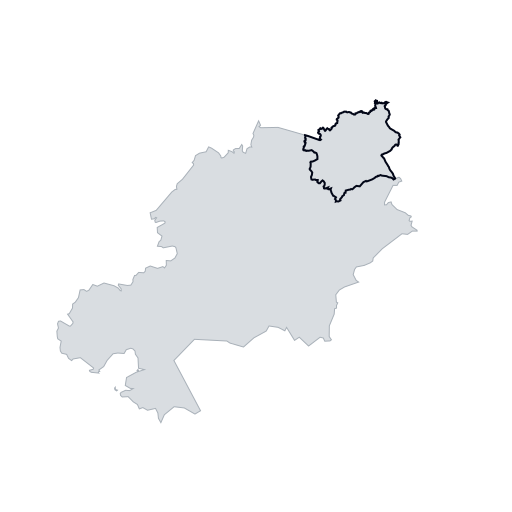 where East Kazakhstan sits in Kazakhstan, rotated 312°
{"feature_id": "KAZ-3206", "entity_name": "East Kazakhstan", "entity_type": "Region", "adm_level": 1, "iso_a3": "KAZ", "parent_name": "Kazakhstan", "parent_adm1": "", "projection": "albers", "projection_center": [82.81, 48.617], "detail": "fine", "context": "in_parent", "style": "outline", "palette": "ink", "viewbox_px": 512, "rotation_deg": 312, "n_neighbors": 0, "source": "natural_earth", "source_scale": "10m", "svg_char_len": 9631}
<svg xmlns="http://www.w3.org/2000/svg" viewBox="0 0 512 512"><g transform="rotate(312 256 256)"><path d="M275.9,348.1L273.1,348.9L271.2,350.7L269.4,349.7L265.1,353.0L253.2,357.2L245.1,364.3L244.2,368.1L242.4,367.8L238.7,364.1L240.1,360.9L238.5,358.0L224.3,355.3L224.6,342.5L219.1,341.1L223.4,326.5L219.7,327.5L217.8,320.2L212.7,312.5L207.1,313.8L193.8,309.2L180.0,307.6L173.9,295.0L173.3,291.2L152.9,266.0L123.4,264.9L103.9,318.3L97.7,316.4L95.1,304.4L89.2,296.0L76.7,294.1L68.5,296.8L70.1,292.1L73.7,288.1L75.5,283.3L68.8,278.6L67.6,273.3L64.3,271.6L66.3,267.3L65.5,262.4L65.9,255.1L61.7,250.9L61.8,248.6L63.0,247.1L64.4,247.0L69.0,249.0L71.4,252.2L75.3,253.4L73.5,251.2L72.3,245.5L79.1,241.1L89.5,244.8L96.9,249.1L94.0,243.8L101.3,236.5L102.3,232.1L104.4,229.7L104.6,226.6L103.6,224.6L99.6,222.3L95.3,223.2L91.4,218.2L87.7,215.2L78.9,215.2L71.9,216.8L66.2,215.5L65.6,217.1L65.0,216.4L63.9,216.7L63.8,217.5L59.4,211.5L59.0,209.8L59.6,208.7L62.9,210.8L64.1,210.2L62.9,193.5L57.1,189.0L54.9,189.0L54.5,185.2L56.2,181.1L53.8,176.7L54.5,174.2L56.9,171.5L62.4,168.2L61.8,164.1L63.0,162.4L66.9,158.3L70.3,157.4L72.8,153.9L75.3,152.9L76.9,154.2L79.0,164.2L79.7,165.0L83.3,165.0L84.6,164.2L86.7,154.9L88.2,155.8L94.5,154.5L97.6,151.9L100.7,152.6L106.3,151.9L113.1,148.0L115.9,150.6L116.4,153.8L118.8,154.7L125.6,153.8L127.4,158.3L134.2,161.1L138.9,170.4L140.0,175.2L139.4,178.2L139.9,179.2L141.4,177.7L142.1,173.2L143.3,172.6L148.0,180.1L150.6,182.5L154.6,181.8L156.2,180.2L160.3,178.8L161.3,179.8L165.3,179.8L168.4,183.8L170.5,183.9L173.1,182.1L177.8,184.1L180.9,191.1L185.8,193.9L185.9,196.0L189.1,195.6L192.6,192.3L195.3,195.9L200.2,197.1L205.1,195.9L208.6,190.9L208.7,189.4L207.4,187.1L200.0,181.6L199.8,179.5L197.3,176.2L201.8,174.4L204.1,174.7L207.9,172.8L207.4,167.2L211.1,163.5L219.4,166.3L220.6,165.7L220.4,164.0L217.7,161.3L213.9,159.2L213.7,158.4L214.8,156.9L217.9,156.6L217.6,155.6L215.4,155.4L213.4,153.7L217.3,148.4L223.1,151.3L247.2,150.6L251.4,151.4L252.6,152.6L254.5,150.3L257.0,149.1L263.8,150.0L281.8,148.8L282.8,147.8L282.7,146.1L285.7,146.0L290.1,143.9L294.6,145.2L300.1,149.2L305.4,147.8L306.4,150.8L307.6,159.2L306.8,162.8L305.7,164.2L305.9,165.0L308.0,166.2L314.1,166.3L316.0,164.7L317.4,168.1L317.6,170.9L318.9,170.3L318.9,168.8L319.6,168.2L322.1,168.9L324.7,171.6L329.3,170.8L328.8,172.5L324.9,175.5L324.5,177.2L325.4,179.6L329.8,177.5L333.0,178.5L334.1,180.0L335.3,177.7L339.1,175.3L342.8,174.6L344.3,173.6L345.0,171.8L358.2,167.5L356.2,171.9L354.1,171.7L354.5,173.7L366.3,186.3L380.1,214.6L384.7,225.9L389.0,223.4L389.4,219.7L392.2,218.1L396.0,219.8L395.4,223.2L398.5,223.5L399.2,226.9L409.3,227.2L411.9,224.6L417.7,223.0L423.5,226.4L427.4,234.6L434.1,237.2L434.3,239.8L436.7,244.1L446.3,245.5L451.1,241.0L451.7,242.2L450.8,244.3L452.7,245.4L454.8,248.4L457.2,249.4L458.2,251.3L453.0,252.2L452.3,253.9L452.4,257.7L450.8,260.4L442.7,263.0L440.6,270.4L442.4,280.6L440.6,283.6L438.0,284.1L433.4,287.4L432.0,285.3L425.1,285.4L414.7,282.2L407.0,306.9L407.1,308.0L410.2,309.5L410.3,311.6L409.2,314.2L406.4,312.7L402.9,313.6L400.2,310.6L382.1,315.5L380.0,317.3L381.3,318.7L384.2,318.6L386.6,320.2L385.2,322.6L384.9,329.7L388.0,338.0L388.1,342.0L389.4,344.3L389.0,345.2L387.4,344.8L384.8,346.0L384.7,347.1L386.4,348.7L382.5,350.7L382.0,352.4L382.9,358.4L382.3,359.1L379.1,355.5L373.5,354.2L370.2,349.6L346.0,345.0L333.0,344.4L330.4,346.1L327.4,345.5L321.4,342.7L315.0,337.9L311.9,338.3L307.2,340.7L304.9,346.8L305.3,349.7L292.2,342.5L286.5,340.7L280.6,341.2L275.5,346.6L275.9,348.1ZM63.6,242.8L62.5,242.7L62.2,240.7L63.2,239.3L64.3,239.2L62.7,240.8L63.6,242.8ZM92.1,245.8L91.4,245.2L91.2,244.3L92.6,244.2L92.1,245.8Z" fill="#d9dde1" stroke="#a8b0b8" stroke-width="1"/><path d="M458.2,251.3L456.1,250.8L454.7,251.4L453.8,251.2L453.5,251.3L453.3,251.5L453.1,252.0L452.9,252.3L452.4,252.9L452.1,253.5L452.2,254.4L452.5,254.9L452.8,255.2L453.0,255.5L452.5,256.3L452.7,257.4L452.6,257.6L451.9,258.7L451.3,259.4L450.9,260.4L450.8,260.6L449.6,261.1L448.6,261.1L448.3,261.2L447.7,262.0L447.2,262.3L445.3,262.2L443.0,262.6L442.6,262.9L442.4,263.4L441.1,266.8L440.9,268.6L440.8,269.1L440.5,269.9L440.5,270.3L441.5,274.9L441.5,275.4L441.4,276.4L441.5,276.9L441.6,277.4L442.4,278.5L442.5,278.9L442.4,279.5L442.6,280.0L442.4,281.3L442.3,281.5L441.8,281.5L441.3,281.8L441.3,282.0L441.2,282.6L441.0,283.0L440.8,283.8L440.1,283.8L438.7,284.0L438.1,284.0L437.9,284.0L437.6,284.3L437.3,284.8L437.1,285.0L436.4,285.6L436.1,286.0L435.3,286.3L435.2,286.5L434.9,286.9L434.7,287.1L433.9,287.3L433.2,287.6L432.9,287.7L432.7,287.6L432.6,287.4L433.0,286.6L433.0,286.1L432.7,285.6L432.4,285.3L432.0,285.1L431.5,285.1L430.5,285.3L430.0,285.3L429.4,285.0L427.8,284.9L426.6,285.1L426.0,285.5L425.7,285.5L425.0,285.4L424.0,285.4L419.9,284.0L418.1,282.8L417.7,282.6L416.7,282.4L416.0,281.8L415.7,281.7L415.1,281.7L414.6,281.9L414.5,282.1L414.5,282.7L414.4,283.4L414.4,283.8L414.2,284.9L414.3,285.5L414.2,286.0L412.7,289.2L411.7,292.9L411.3,293.9L411.1,295.0L410.9,295.5L410.2,296.6L409.8,297.6L409.5,298.6L409.2,300.7L408.9,302.1L408.8,302.6L408.4,303.3L407.6,304.7L407.2,306.3L406.9,307.1L406.8,307.5L406.5,307.6L404.9,307.0L405.1,305.4L404.5,303.6L403.4,302.1L402.7,299.6L399.9,295.7L399.5,294.4L397.4,293.5L397.4,293.1L397.0,292.8L395.8,292.8L395.5,292.4L394.8,292.0L393.6,292.0L390.7,291.1L386.2,288.8L385.4,288.2L385.4,287.5L382.8,286.4L377.2,286.5L375.3,283.7L372.6,283.1L371.6,283.2L370.0,282.9L369.4,281.8L368.4,281.6L367.6,280.8L364.7,278.9L362.9,280.2L362.2,279.5L361.2,279.9L360.1,280.6L358.1,280.1L357.2,280.5L354.4,280.5L353.8,281.6L351.7,280.8L350.5,279.2L349.9,278.9L350.4,278.6L350.9,278.0L351.2,277.2L351.2,276.6L353.1,276.2L352.8,274.3L352.7,273.5L352.4,273.1L353.6,269.6L354.4,268.5L354.9,267.2L356.4,266.5L355.2,265.9L354.0,265.1L353.9,263.9L355.0,263.6L354.0,263.1L353.0,262.9L352.8,262.3L352.0,261.8L351.8,261.3L352.3,260.9L352.5,260.3L352.9,259.7L354.0,259.8L355.4,259.0L356.4,258.0L356.5,257.3L356.8,256.5L356.7,254.9L355.1,254.7L352.8,254.8L352.0,253.8L352.1,251.9L353.1,251.6L353.8,251.0L352.5,249.6L352.5,249.0L351.6,247.9L350.5,247.1L350.0,246.0L351.5,244.0L353.6,243.3L355.7,241.9L356.1,240.3L356.2,239.5L356.2,238.3L356.3,238.0L356.8,237.5L357.7,237.3L358.9,236.8L361.3,234.8L362.0,233.7L362.8,233.6L364.0,234.8L366.1,235.8L369.1,236.8L371.2,234.9L372.2,233.4L372.9,232.0L372.4,230.5L371.9,230.2L372.1,228.6L371.9,226.5L369.4,224.7L368.5,223.5L368.2,223.5L368.0,223.4L367.7,222.6L367.7,222.3L367.4,222.2L367.4,221.6L367.2,221.4L366.7,221.1L366.8,220.8L366.6,220.4L366.5,220.1L366.8,219.8L367.4,219.4L367.7,219.4L368.8,218.8L369.1,218.3L369.5,218.2L369.8,218.6L370.4,218.5L373.0,217.3L373.5,216.9L373.7,216.2L373.2,216.0L373.7,215.1L375.0,215.0L375.3,215.3L375.9,214.9L376.4,214.5L376.6,213.7L376.6,213.4L378.0,212.8L378.4,211.6L378.6,211.5L380.1,214.6L384.1,224.3L384.5,225.4L385.0,226.1L385.3,226.3L385.6,226.3L385.1,225.4L385.0,224.9L385.3,224.8L385.5,224.8L385.8,225.2L386.0,225.4L386.3,225.2L386.5,224.7L386.6,224.4L387.2,224.2L387.5,223.8L388.0,223.9L388.4,223.8L388.8,223.6L389.2,223.2L389.4,222.7L389.5,221.9L389.4,221.5L389.0,221.0L389.0,220.5L389.0,220.0L389.1,219.7L389.3,219.5L389.4,219.4L390.5,219.5L390.9,219.4L391.0,219.0L391.0,218.8L391.2,218.3L391.5,218.0L393.0,218.6L393.6,218.3L393.9,218.3L393.9,218.5L394.0,219.1L394.0,219.4L394.1,219.5L395.0,220.0L395.4,220.1L395.9,219.7L396.0,219.7L396.2,219.9L396.3,220.1L396.2,220.7L395.5,222.3L395.2,223.4L395.2,223.6L395.7,223.7L396.2,223.7L397.4,223.4L398.6,223.5L398.6,224.0L398.7,224.5L399.2,225.4L398.8,226.1L398.7,226.5L398.8,226.9L399.1,227.0L401.2,227.0L401.4,226.8L401.7,226.4L401.9,226.2L402.1,226.2L402.5,226.5L403.4,226.4L403.9,226.5L404.3,226.6L405.3,227.4L405.9,227.6L406.4,227.4L406.9,226.9L407.2,227.0L407.6,226.8L408.0,226.9L408.4,226.8L408.6,227.0L409.1,227.4L410.4,226.5L411.0,226.2L411.3,225.9L411.3,224.8L411.6,224.5L411.9,224.4L412.7,224.6L414.0,224.8L414.4,224.6L414.8,224.2L415.1,223.7L415.3,223.1L415.6,223.0L416.0,223.1L417.4,222.9L418.5,223.0L418.7,223.5L419.1,223.8L420.2,224.0L420.4,224.1L421.2,224.7L421.9,224.8L422.3,224.9L422.5,225.1L422.9,225.8L423.3,226.0L423.6,226.3L423.6,227.2L423.8,227.7L425.1,228.6L425.4,229.0L425.6,229.8L426.0,230.2L426.1,230.4L426.1,230.7L425.9,231.5L426.0,232.0L426.5,233.0L426.6,234.0L426.7,234.3L427.2,234.6L427.5,235.0L427.9,235.0L428.6,234.5L428.9,234.8L429.2,235.1L429.5,235.3L429.9,235.4L430.6,235.4L431.1,235.9L431.4,236.1L431.9,236.1L432.1,236.2L432.4,236.9L432.6,237.0L433.1,236.7L433.3,236.7L433.9,237.0L434.1,237.1L434.5,237.8L434.5,238.1L433.8,238.3L433.8,239.2L433.8,239.6L434.0,239.8L434.6,239.9L434.8,240.1L435.0,240.5L435.1,241.2L435.3,241.5L436.0,242.2L436.2,242.7L436.3,243.9L436.6,244.4L437.1,244.6L437.4,244.4L437.8,244.1L438.2,244.0L438.5,244.1L438.9,244.4L439.2,244.5L439.7,244.4L440.4,243.9L440.6,243.9L440.7,244.1L440.9,244.5L441.0,244.7L441.2,244.8L441.7,244.5L441.9,244.5L442.1,244.6L442.4,245.0L442.6,245.1L443.3,244.6L443.9,244.7L443.8,245.7L444.0,245.9L444.3,245.8L444.8,245.3L445.2,245.1L445.6,245.2L445.9,245.6L446.3,246.1L446.7,245.5L447.2,244.2L447.8,243.7L448.4,243.5L449.0,242.8L449.2,242.7L449.1,242.1L449.6,241.8L449.8,241.6L450.0,241.5L450.2,241.3L450.3,240.9L450.4,240.7L450.8,240.7L451.2,240.9L451.8,240.8L451.9,241.1L451.8,241.6L451.8,241.8L452.2,242.2L451.8,242.6L451.1,242.7L450.9,242.9L450.4,243.7L450.4,243.9L450.5,244.2L450.7,244.4L450.9,244.5L451.6,244.4L451.8,244.4L452.8,245.0L452.7,245.6L452.7,246.0L452.9,246.2L454.0,246.8L454.0,247.0L453.8,247.1L453.7,247.4L453.8,247.6L454.9,248.5L455.0,248.8L455.2,249.1L455.6,249.1L456.4,249.0L456.7,249.0L457.6,249.5L457.8,249.8L458.0,250.9L458.2,251.3Z" fill="none" stroke="#020617" stroke-width="2"/></g></svg>